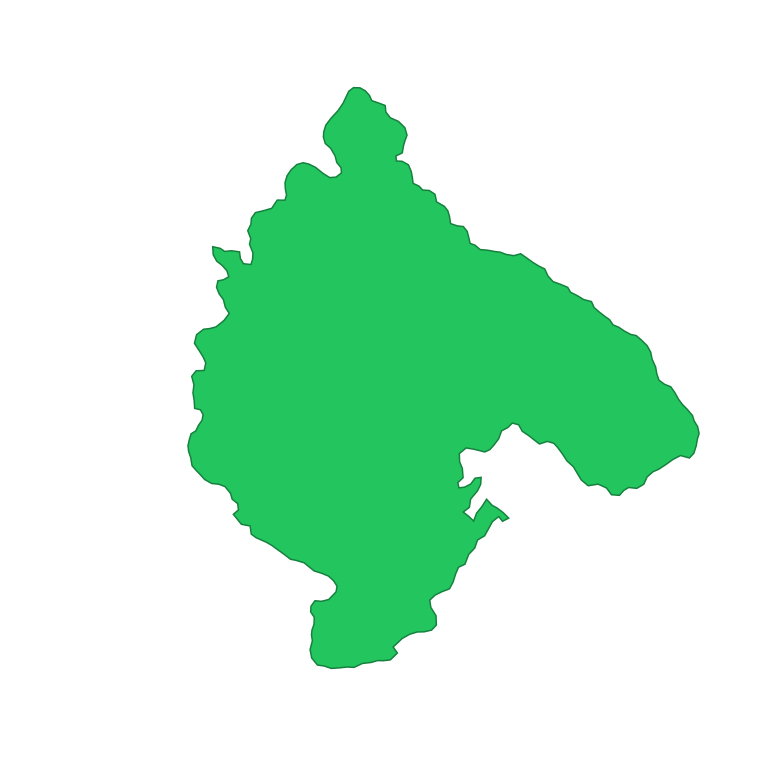 outline of Madre de Deus de Minas, Minas Gerais, Brazil, rotated 51°
{"feature_id": "56859067B30522908877302", "entity_name": "Madre de Deus de Minas", "entity_type": "district", "adm_level": 2, "iso_a3": "BRA", "parent_name": "Brazil", "parent_adm1": "Minas Gerais", "projection": "mercator", "projection_center": [-44.329, -21.491], "detail": "fine", "context": "isolated", "style": "filled", "palette": "green", "viewbox_px": 768, "rotation_deg": 51, "n_neighbors": 0, "source": "geoboundaries", "source_scale": "gbopen_adm2", "svg_char_len": 3926}
<svg xmlns="http://www.w3.org/2000/svg" viewBox="0 0 768 768"><g transform="rotate(51 384 384)"><path d="M593.8,536.9L593.2,530.1L594.6,521.7L597.6,514.3L601.9,508.7L605.2,501.9L604.3,495.0L596.8,489.4L587.1,488.2L580.8,484.5L580.2,477.1L581.9,469.6L584.4,462.0L581.3,454.8L576.6,447.7L573.3,441.4L575.0,434.5L569.7,425.3L568.6,416.7L564.1,409.5L565.3,401.4L562.7,394.9L559.2,386.3L559.2,378.3L565.3,378.3L566.7,371.5L559.1,372.3L551.4,374.2L546.4,376.3L538.1,376.8L540.9,385.1L542.6,393.2L546.9,400.6L540.3,401.4L533.4,403.0L533.6,395.3L527.9,389.0L525.9,378.6L522.8,372.0L517.7,367.3L514.5,372.5L516.3,379.5L514.9,386.3L511.8,391.1L507.1,388.7L506.6,381.5L499.0,376.3L492.1,374.2L485.5,369.3L485.4,360.4L490.8,355.6L495.7,351.8L500.2,348.5L501.6,343.1L500.7,337.3L498.8,329.5L494.4,322.1L495.8,315.2L495.1,308.9L500.4,305.0L507.8,306.3L514.9,304.1L522.3,302.4L528.5,300.9L531.4,293.2L537.0,289.3L542.3,289.0L549.9,289.3L558.9,290.2L567.5,288.9L574.4,289.9L582.7,291.1L591.6,289.3L596.6,280.6L604.9,276.5L613.2,276.9L618.7,271.1L617.6,264.6L618.4,259.0L624.2,253.2L625.4,245.2L621.8,238.0L621.5,230.1L623.1,224.3L624.0,215.5L624.5,206.8L626.2,198.6L633.7,193.2L632.8,186.7L628.4,180.1L624.0,175.1L620.8,170.3L614.5,167.1L607.9,166.2L602.6,164.1L594.3,164.3L587.6,165.0L581.0,164.7L573.8,163.4L566.7,162.9L560.7,166.2L554.1,167.9L547.6,165.5L541.7,162.2L533.6,160.1L527.1,156.7L519.8,155.4L511.8,156.3L505.1,157.5L500.7,161.1L493.8,164.0L487.7,165.8L482.2,168.8L476.1,168.2L470.5,169.8L463.1,171.5L456.9,172.6L450.5,170.9L444.0,175.7L436.7,178.3L430.0,181.3L424.5,180.4L417.4,184.2L410.9,188.2L403.2,188.6L395.7,186.7L390.2,189.3L383.2,191.8L376.1,193.7L368.8,195.8L366.0,202.3L360.2,207.5L354.7,210.7L350.9,214.4L345.1,219.4L340.0,224.7L333.4,225.9L328.9,228.6L323.7,226.0L317.7,223.3L311.5,223.3L307.4,227.4L301.3,231.3L294.7,227.5L289.6,225.4L283.9,225.3L275.6,228.5L268.6,225.0L262.0,227.1L257.6,231.9L252.5,232.2L246.4,235.1L241.2,231.9L236.0,229.1L229.0,227.1L222.3,229.8L218.5,234.0L214.3,231.2L215.9,224.3L211.5,219.4L208.1,214.6L205.1,209.5L198.0,206.5L189.0,207.5L181.0,211.6L173.8,211.4L168.3,207.8L162.8,211.0L156.1,215.2L150.6,213.7L144.5,214.0L138.7,216.3L134.5,221.2L134.3,227.1L140.0,239.0L142.6,247.6L144.2,258.3L146.2,266.3L150.0,272.0L153.8,275.6L160.2,278.3L167.2,277.1L176.1,278.5L182.1,281.3L188.8,281.3L193.2,284.2L193.0,291.1L189.4,296.3L182.1,298.8L172.5,300.9L166.0,303.9L161.2,307.5L158.6,313.6L159.1,321.4L161.1,328.2L165.3,334.3L170.6,338.1L175.8,340.8L178.8,345.3L173.9,351.2L176.8,360.7L173.1,369.4L169.9,376.1L171.7,382.7L176.1,386.9L179.1,393.4L187.2,396.1L190.8,400.6L199.6,403.3L204.4,407.7L207.4,412.2L202.1,417.5L196.0,416.6L190.4,413.1L184.4,418.7L180.7,424.4L175.5,425.9L169.5,430.7L176.1,435.4L183.3,436.7L189.6,435.2L197.1,434.8L203.0,437.2L201.9,443.2L199.3,448.2L203.5,453.3L210.2,455.4L217.3,455.7L224.5,459.0L231.8,459.9L233.9,468.2L233.9,478.7L231.1,484.8L227.9,489.7L227.7,498.6L233.1,505.7L242.3,506.7L249.1,507.5L255.5,509.3L260.3,515.2L255.5,521.7L257.0,528.6L265.0,532.2L270.7,538.1L277.2,541.8L283.8,546.5L288.5,542.9L294.0,543.9L297.7,548.3L299.3,554.0L302.0,559.7L301.3,565.3L304.8,570.4L308.5,575.1L313.7,578.4L319.5,580.5L326.7,584.6L333.4,584.3L339.2,583.8L345.3,583.5L352.9,580.5L358.0,575.4L363.7,572.1L372.5,572.1L378.0,574.5L384.9,573.0L390.2,576.3L390.5,583.1L396.8,583.1L403.3,583.1L410.1,577.4L417.1,581.6L422.8,580.2L427.5,577.8L433.2,574.9L439.0,572.7L444.8,571.2L454.7,568.5L461.3,567.0L465.5,563.5L472.7,558.6L485.2,556.0L491.8,551.6L498.2,548.1L505.1,547.0L511.5,547.7L515.4,552.1L516.7,562.6L513.5,569.4L509.0,574.0L510.7,580.5L514.9,584.4L521.4,585.0L526.7,589.6L529.8,594.7L533.4,598.3L538.4,601.2L543.9,608.6L551.4,612.6L560.5,612.6L565.6,607.9L571.8,604.0L576.6,597.2L580.8,590.7L585.4,585.6L587.6,576.6L592.4,569.1L594.8,563.2L598.5,558.8L602.4,552.7L601.5,542.9L594.1,542.4L593.8,536.9Z" fill="#22c55e" stroke="#15803d" stroke-width="1.5"/></g></svg>